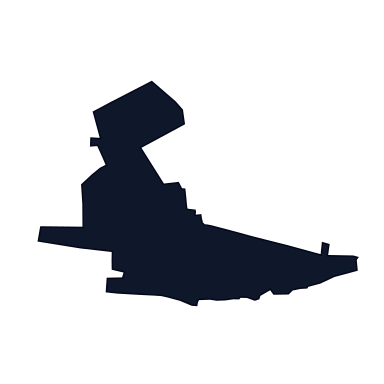 outline of City of Tomok, Chuy, Kyrgyzstan, rotated 174°
{"feature_id": "92254566B71058624193805", "entity_name": "City of Tomok", "entity_type": "district", "adm_level": 2, "iso_a3": "KGZ", "parent_name": "Kyrgyzstan", "parent_adm1": "Chuy", "projection": "natural_earth1", "projection_center": [75.292, 42.818], "detail": "fine", "context": "isolated", "style": "filled", "palette": "ink", "viewbox_px": 384, "rotation_deg": 174, "n_neighbors": 0, "source": "geoboundaries", "source_scale": "gbopen_adm2", "svg_char_len": 1332}
<svg xmlns="http://www.w3.org/2000/svg" viewBox="0 0 384 384"><g transform="rotate(174 192 192)"><path d="M34.1,109.6L38.4,111.3L41.6,111.7L51.3,112.9L64.1,114.5L61.4,125.4L67.5,127.9L70.0,115.7L70.8,116.0L103.6,128.8L123.0,135.9L137.6,141.3L139.1,141.9L162.6,151.0L176.7,156.3L180.7,157.5L183.0,157.8L183.6,158.6L184.3,159.4L185.5,160.5L185.1,161.2L185.6,164.5L185.7,168.3L190.8,168.3L191.3,169.1L191.2,171.1L190.9,171.2L190.9,173.5L195.0,174.4L197.6,175.0L199.0,175.5L199.1,180.3L199.0,185.3L199.0,195.6L202.0,196.1L204.6,202.7L219.5,202.6L238.7,241.6L192.6,260.6L193.1,274.6L199.1,283.1L220.5,306.0L264.1,289.0L281.6,281.9L277.2,254.6L286.8,256.2L287.9,248.5L280.9,248.3L276.8,236.0L274.2,227.6L280.7,225.1L289.7,219.2L300.8,210.8L301.6,191.5L303.9,168.1L346.0,173.0L349.9,159.4L308.9,148.3L277.3,141.3L278.4,132.3L279.2,123.6L267.5,119.5L270.0,113.6L285.2,114.9L287.5,101.8L276.4,99.4L270.1,98.4L263.6,97.3L252.4,95.5L240.7,93.7L233.6,92.5L230.2,91.4L227.0,90.3L215.1,85.7L204.0,79.6L199.2,78.7L198.2,82.3L196.6,84.5L185.1,83.7L178.8,82.0L170.1,81.4L162.1,81.7L156.5,81.0L155.2,82.5L148.2,81.6L140.8,78.0L136.8,78.9L135.4,82.1L124.2,87.1L121.3,82.0L106.8,80.7L102.5,84.2L94.3,85.0L87.8,84.7L86.7,86.2L74.1,88.2L59.4,93.3L36.1,97.0L36.0,107.2L35.5,108.1L34.1,109.6Z" fill="#0f172a" stroke="#020617" stroke-width="1.5"/></g></svg>